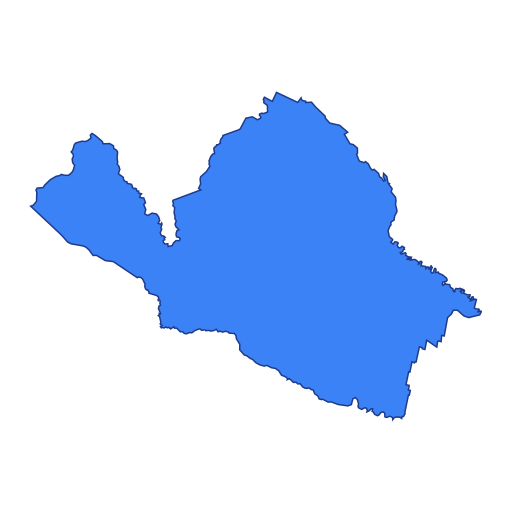 Monteros, Tucumán, Argentina
{"feature_id": "61730980B2158029988508", "entity_name": "Monteros", "entity_type": "district", "adm_level": 2, "iso_a3": "ARG", "parent_name": "Argentina", "parent_adm1": "Tucumán", "projection": "robinson", "projection_center": [-65.608, -27.112], "detail": "fine", "context": "isolated", "style": "filled", "palette": "blue", "viewbox_px": 512, "rotation_deg": 0, "n_neighbors": 0, "source": "geoboundaries", "source_scale": "gbopen_adm2", "svg_char_len": 6085}
<svg xmlns="http://www.w3.org/2000/svg" viewBox="0 0 512 512"><path d="M30.7,206.2L61.5,235.1L67.7,242.1L71.1,243.8L83.4,246.0L86.3,247.4L89.1,250.0L93.1,255.5L96.4,255.3L105.3,260.6L113.3,261.6L137.3,277.7L138.5,277.0L141.4,277.7L142.9,279.5L145.0,284.1L144.8,286.6L145.6,289.0L147.0,290.1L147.7,289.9L148.9,291.8L148.9,293.2L156.7,295.5L158.3,296.9L158.9,298.7L158.1,299.4L158.3,300.6L159.8,300.5L160.2,301.2L159.9,303.2L160.5,305.1L159.1,305.9L158.4,308.5L160.5,313.5L160.1,314.3L159.2,313.8L159.3,314.8L158.3,315.6L159.6,316.6L160.8,322.2L160.2,324.0L162.0,325.2L160.4,326.6L161.4,327.9L162.6,327.4L164.1,328.0L165.8,327.0L167.3,327.8L168.9,327.4L170.6,328.9L173.9,326.7L174.4,328.1L176.8,328.2L180.2,331.7L182.9,331.9L184.2,333.4L186.6,333.8L189.3,332.6L191.9,332.8L195.4,330.2L199.9,328.8L201.6,330.3L204.9,329.8L205.8,330.7L209.0,330.4L210.8,331.1L214.4,330.4L216.3,329.2L218.1,331.8L220.0,331.2L222.7,332.1L225.2,331.3L227.9,331.8L229.1,333.1L234.4,333.5L236.0,335.6L236.4,338.8L239.8,344.3L239.7,349.8L244.3,355.0L246.9,355.8L250.2,358.4L252.7,359.5L255.6,362.5L259.4,364.7L264.2,366.1L267.0,365.4L271.4,367.7L275.4,368.4L278.8,370.8L281.5,375.2L285.3,376.7L287.7,378.6L287.3,379.6L289.6,378.7L293.3,382.4L296.1,382.3L298.0,384.0L300.2,383.7L302.5,386.8L304.6,388.0L306.7,388.4L309.2,387.9L311.2,389.6L313.1,389.8L314.7,393.7L318.0,396.1L319.1,398.9L321.4,399.6L322.4,399.1L328.2,402.1L331.2,401.9L338.2,404.5L347.8,405.9L351.4,404.6L352.8,398.9L355.4,397.6L357.4,399.7L358.5,403.6L358.0,406.7L358.9,408.0L361.8,409.4L364.4,407.9L366.1,408.0L367.4,410.1L366.9,411.9L369.5,410.6L370.8,409.0L372.7,408.7L372.1,411.3L373.4,412.1L374.6,414.3L377.5,415.7L378.8,415.1L381.1,412.3L383.6,412.0L384.8,413.5L384.9,416.9L386.8,417.4L389.7,416.3L391.6,416.8L392.6,417.9L392.8,419.6L394.2,417.7L395.7,417.1L399.7,417.1L401.7,418.5L402.0,416.5L403.5,416.5L405.1,413.6L404.8,412.8L408.4,395.1L409.3,395.2L410.3,390.4L408.4,390.0L409.2,385.4L406.0,384.7L408.5,372.6L408.6,371.8L409.9,372.1L412.0,361.8L414.5,362.9L415.1,361.9L416.1,361.9L419.4,346.8L422.1,347.6L422.2,348.7L424.9,349.5L426.7,340.2L436.8,347.1L437.6,341.7L438.4,340.9L441.1,341.7L441.7,335.3L444.2,336.0L447.6,317.6L451.5,313.9L453.4,310.2L457.4,310.2L464.0,316.0L468.7,317.6L479.7,314.9L481.3,311.8L480.8,311.0L478.1,312.0L478.0,311.4L479.2,310.0L478.8,309.0L476.1,309.0L474.3,307.9L476.4,299.5L475.1,299.2L472.7,300.0L473.7,298.6L473.0,296.8L472.1,296.9L471.4,298.2L471.6,300.0L470.3,300.8L470.4,298.4L468.5,297.9L468.0,297.0L469.9,296.4L470.1,294.8L467.2,294.8L463.5,293.1L461.5,292.9L460.3,291.3L460.9,290.2L461.6,291.1L462.9,290.7L464.0,292.0L464.5,291.0L463.9,289.8L459.9,288.3L457.7,288.9L456.1,288.4L454.7,290.1L455.0,291.5L454.0,291.8L452.9,290.0L453.0,288.9L450.5,287.3L449.6,284.6L446.1,284.2L444.9,283.1L443.9,285.0L442.9,285.4L442.3,283.9L442.8,282.1L446.4,281.3L447.1,280.3L447.0,279.2L446.2,277.8L442.2,274.7L438.9,273.4L438.4,272.1L435.4,272.6L436.1,270.2L435.6,268.5L434.6,268.5L433.0,272.8L431.9,273.0L430.6,271.5L432.2,267.5L431.3,265.9L430.6,266.3L429.7,269.3L429.0,269.2L428.7,267.4L427.8,266.9L425.9,268.6L425.8,266.5L420.9,265.7L422.0,262.1L421.5,261.4L420.0,261.4L419.6,263.5L418.4,264.1L418.7,262.8L418.0,261.7L415.5,259.7L413.7,259.4L410.7,260.3L409.1,259.3L407.2,259.3L407.5,258.3L411.0,258.7L411.5,257.2L408.3,256.8L405.7,255.4L406.0,253.5L405.4,252.7L401.8,254.0L400.9,253.9L400.2,252.7L402.7,251.7L403.2,249.8L404.5,249.3L403.8,247.8L404.2,247.4L402.0,246.2L400.3,247.8L399.3,247.9L397.7,246.6L397.3,244.7L398.2,243.4L398.0,242.6L395.9,241.8L394.7,241.9L393.2,244.0L390.7,242.2L392.5,240.4L392.6,239.3L389.3,236.7L388.1,230.7L389.5,226.9L391.0,224.9L390.8,223.2L391.4,221.7L394.0,220.2L394.7,215.8L396.9,211.9L396.8,209.8L395.5,204.5L396.0,200.7L395.5,197.2L391.2,191.9L392.1,188.6L389.0,184.6L389.5,183.6L388.0,182.9L386.8,176.5L383.6,173.4L383.4,176.6L385.1,180.5L383.7,181.1L381.7,178.0L379.5,176.7L378.6,173.5L374.1,169.3L372.3,170.2L370.3,167.9L368.3,163.9L365.5,161.6L364.2,162.6L359.3,161.1L356.6,154.5L357.5,153.3L357.4,148.1L353.3,144.6L350.0,143.8L344.4,134.3L347.7,132.2L339.6,125.3L329.8,123.1L325.4,118.2L325.1,116.1L315.6,107.0L311.5,102.2L305.7,102.5L305.7,101.2L302.7,100.6L301.5,99.5L301.1,97.9L297.7,102.4L276.5,92.4L272.3,101.4L264.4,97.2L263.3,99.5L263.9,100.4L263.8,102.7L267.4,105.5L267.6,112.0L263.8,113.5L261.6,113.2L259.6,114.0L259.4,115.1L260.8,116.9L260.8,118.0L257.6,119.8L252.3,116.8L245.9,118.2L240.3,128.7L239.0,129.7L222.9,135.5L222.7,136.9L220.9,139.1L220.0,142.0L220.5,142.9L218.2,144.7L216.6,144.8L215.9,146.5L214.4,147.3L213.8,148.4L214.6,153.6L212.8,154.0L211.0,156.1L209.0,160.9L209.4,162.6L209.0,164.0L209.9,166.1L206.5,171.5L200.7,176.7L200.1,179.0L200.6,184.1L198.6,188.4L200.8,189.9L173.0,200.3L172.7,201.7L173.5,202.8L172.9,205.7L174.7,207.5L174.1,212.8L175.1,216.9L174.8,218.5L176.3,221.0L175.0,224.1L175.9,226.7L178.9,229.8L176.9,230.7L176.1,233.4L176.2,235.9L176.7,236.9L179.5,237.7L180.1,239.3L179.4,240.6L176.0,240.6L173.3,243.2L172.3,245.6L168.1,246.5L167.8,243.7L164.9,244.1L163.2,241.9L163.2,240.5L164.8,239.7L164.1,237.8L165.1,237.3L163.9,236.1L161.4,235.6L160.2,232.8L161.7,229.1L160.9,227.7L162.0,224.1L161.6,223.0L160.7,224.3L158.1,223.3L159.7,220.5L158.6,216.8L156.5,214.0L152.1,213.1L147.7,215.5L144.6,213.8L145.8,209.5L143.7,204.5L145.5,202.8L143.8,198.0L139.7,197.4L140.3,195.1L141.5,193.8L138.6,193.0L138.7,191.1L136.7,190.9L136.4,188.9L135.0,188.2L134.1,188.8L132.3,187.4L132.4,186.2L131.4,184.3L127.3,183.4L126.9,181.7L125.5,181.6L123.9,180.3L123.1,177.2L118.4,173.7L119.8,169.4L119.0,166.4L117.2,164.1L117.7,162.7L117.1,157.8L117.6,152.1L116.5,150.1L113.7,148.5L113.5,145.8L109.7,143.6L103.1,143.8L102.4,141.6L95.3,135.5L92.0,133.4L90.3,135.1L91.0,138.1L87.5,140.7L85.3,141.5L81.9,141.2L75.7,143.0L74.3,144.6L72.7,150.1L71.2,151.9L73.3,154.5L73.3,156.8L72.2,158.7L72.3,160.1L72.7,162.7L74.6,165.4L73.2,170.2L71.9,172.4L68.5,175.3L64.7,175.3L61.3,174.4L59.6,175.6L56.1,176.3L50.3,179.7L44.7,185.1L43.1,187.6L37.1,188.1L36.0,190.0L36.8,192.5L36.5,201.4L33.3,205.2L30.7,206.2Z" fill="#3b82f6" stroke="#1e3a8a" stroke-width="1.5"/></svg>